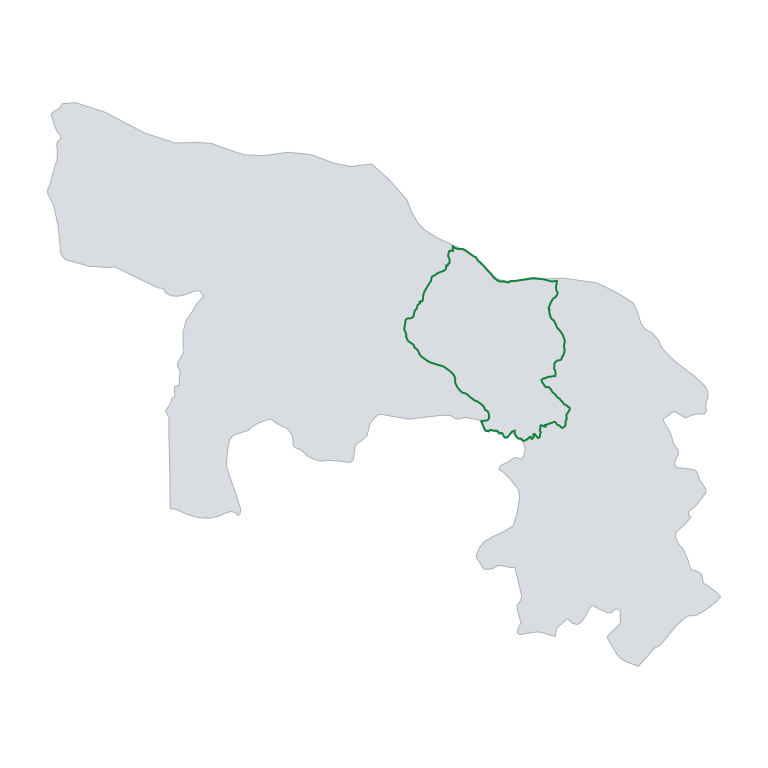 location of Plateaux within Republic of the Congo, rotated 269°
{"feature_id": "COG-3346", "entity_name": "Plateaux", "entity_type": "Region", "adm_level": 1, "iso_a3": "COG", "parent_name": "Republic of the Congo", "parent_adm1": "", "projection": "mercator", "projection_center": [15.163, -2.009], "detail": "fine", "context": "in_parent", "style": "outline", "palette": "green", "viewbox_px": 768, "rotation_deg": 269, "n_neighbors": 0, "source": "natural_earth", "source_scale": "10m", "svg_char_len": 9533}
<svg xmlns="http://www.w3.org/2000/svg" viewBox="0 0 768 768"><g transform="rotate(269 384 384)"><path d="M97.3,633.4L101.9,621.6L105.3,616.1L109.4,612.3L125.9,603.1L128.4,603.4L139.8,615.5L143.5,616.4L147.5,616.1L152.3,616.6L154.7,614.2L155.0,611.1L151.6,607.6L151.1,603.9L153.5,599.9L154.9,595.4L158.4,590.1L158.8,587.6L155.1,584.9L147.4,580.7L142.1,576.7L140.1,572.9L141.5,568.0L145.8,564.0L145.5,561.9L141.8,558.3L139.0,554.5L136.2,552.1L128.5,550.7L130.0,545.5L132.8,538.0L133.5,532.2L131.3,517.0L131.5,514.2L133.7,512.8L138.3,514.5L142.9,516.8L155.6,513.5L160.1,513.0L163.7,515.9L168.8,518.2L198.0,511.8L198.6,505.4L200.3,499.5L200.5,495.1L199.3,492.3L197.8,490.2L197.0,485.8L196.9,481.1L199.7,478.9L209.1,473.3L212.0,473.5L218.5,476.6L224.6,481.3L230.0,491.4L233.8,500.1L239.8,510.6L252.5,514.8L267.7,517.6L276.0,516.8L287.7,507.9L294.4,500.9L296.6,497.2L300.4,499.1L304.8,508.3L307.6,511.9L308.3,515.2L306.4,519.5L308.3,522.2L316.5,524.1L323.6,522.3L326.9,518.6L332.2,513.7L332.3,509.6L329.4,506.9L329.4,503.2L332.4,500.3L335.3,492.4L336.2,486.7L339.0,483.0L344.4,480.5L346.3,478.1L349.3,464.5L347.8,459.5L347.8,455.4L351.2,450.2L351.8,441.6L348.4,407.9L353.7,380.8L353.2,377.3L349.4,373.2L344.8,369.3L332.8,366.2L328.3,361.2L324.8,355.8L322.3,354.1L309.1,352.0L306.2,349.0L307.4,340.4L308.6,327.7L308.1,318.8L310.4,311.7L313.1,306.4L318.9,300.7L322.0,294.0L323.6,292.4L334.6,291.3L338.6,288.5L341.8,285.7L343.1,281.9L346.8,275.6L350.2,271.3L350.6,268.5L349.8,264.5L346.5,256.6L342.5,250.0L340.1,247.7L335.3,232.2L330.8,228.6L322.0,226.6L305.6,224.9L295.6,227.6L280.5,232.8L261.4,238.5L257.0,237.9L255.0,235.5L257.9,233.5L259.3,228.8L257.4,222.1L254.5,215.9L252.9,207.3L253.6,196.5L256.4,186.4L262.5,173.3L262.9,168.0L299.5,168.3L338.9,168.1L354.0,168.5L361.2,165.1L368.2,170.2L371.5,171.4L372.7,171.0L375.3,174.6L383.9,174.2L385.3,175.0L386.0,179.4L394.0,179.3L397.9,180.3L401.1,180.2L405.7,177.6L409.1,178.5L415.1,181.7L419.4,184.6L425.4,183.7L439.4,184.1L450.2,186.9L461.0,194.4L468.1,198.7L474.6,205.1L476.9,204.0L480.4,201.5L480.3,196.0L476.7,186.6L475.3,178.7L476.1,172.2L478.9,167.5L483.5,164.7L484.1,159.7L505.9,116.6L505.2,111.7L505.7,104.2L506.8,96.0L506.5,91.1L508.0,87.7L513.7,68.2L516.8,65.0L521.6,62.7L528.5,62.6L546.8,61.1L563.8,57.8L569.4,56.4L580.1,51.2L584.2,51.0L587.7,53.0L608.3,58.9L613.9,61.3L616.0,60.9L619.1,61.4L623.9,61.5L628.6,60.8L631.6,61.5L635.4,65.4L637.9,65.0L641.2,62.1L647.4,59.2L659.4,56.0L661.4,57.4L665.5,64.6L669.8,67.1L670.7,80.4L660.7,109.5L639.3,148.6L628.6,179.3L628.7,201.8L627.5,216.0L624.0,224.6L615.6,247.9L614.4,267.9L617.4,292.3L614.5,315.5L605.7,337.5L602.0,354.7L604.2,375.5L588.1,392.8L567.9,410.0L554.8,414.9L544.6,420.7L537.4,427.3L529.7,438.8L517.7,463.5L511.4,474.3L503.2,483.6L491.0,494.8L486.5,500.2L484.7,507.9L485.5,522.2L486.7,565.5L481.3,598.8L469.3,621.9L460.3,634.8L451.2,638.8L439.4,642.2L433.7,646.6L430.3,653.0L423.7,658.7L413.9,663.5L401.6,675.2L386.8,694.0L376.6,704.8L371.1,707.6L365.5,707.8L359.6,705.6L354.7,705.2L352.3,706.3L348.4,703.7L348.5,699.4L347.8,692.2L344.9,684.8L351.4,674.4L350.8,672.0L347.8,668.2L344.4,662.8L341.1,663.2L334.3,667.3L327.2,670.6L320.5,671.9L312.4,677.1L307.9,677.1L305.4,675.1L299.9,673.2L297.0,673.8L295.3,674.7L293.9,687.3L292.9,692.7L290.9,695.2L282.6,697.9L277.0,701.7L272.2,704.1L269.2,703.5L257.2,694.0L250.9,686.2L247.1,686.1L246.0,688.6L244.1,687.4L238.2,682.2L231.3,674.0L228.8,672.8L225.0,672.9L218.9,675.9L213.0,680.6L202.2,685.0L193.3,687.4L192.5,690.3L190.4,695.4L187.4,698.6L179.5,699.6L176.6,704.2L169.8,713.0L165.3,717.0L164.1,715.3L161.3,713.1L155.7,706.3L150.1,697.9L148.6,694.0L147.1,691.8L146.8,683.3L138.5,673.2L117.5,655.2L115.2,649.9L97.3,633.4Z" fill="#d9dde1" stroke="#a8b0b8" stroke-width="1"/><path d="M520.2,455.2L518.7,457.5L518.2,458.8L517.8,460.1L517.7,460.9L517.7,463.5L517.3,465.8L516.3,467.7L510.2,475.7L510.0,476.0L509.6,476.9L509.4,477.9L508.9,478.2L507.5,479.2L506.4,479.7L506.0,479.9L505.3,480.5L504.1,482.0L499.3,486.7L496.1,489.2L491.8,493.3L489.6,494.7L487.7,496.4L485.8,498.9L484.9,500.5L484.4,502.2L484.5,504.0L484.6,504.6L484.6,505.1L483.6,508.5L483.4,509.8L483.7,511.0L484.4,512.0L484.5,512.4L484.7,513.1L484.7,516.8L487.3,535.2L485.7,546.5L483.9,552.0L483.7,553.1L483.6,554.2L484.1,558.6L481.1,558.3L479.3,557.9L477.4,557.7L476.7,557.7L475.9,557.8L474.4,558.1L473.7,558.4L473.2,558.7L473.0,558.9L472.8,559.0L472.6,559.1L471.6,559.0L470.4,558.8L469.8,558.5L469.4,558.2L469.1,557.9L468.9,557.6L468.5,557.4L468.2,557.3L467.8,557.1L467.6,556.8L467.2,555.6L467.0,555.3L466.8,555.0L466.5,554.7L466.0,554.1L465.7,553.9L465.3,553.8L464.9,553.7L464.5,553.5L464.2,553.3L463.3,552.6L462.4,552.0L460.3,551.2L459.4,551.0L458.5,550.5L457.2,550.1L456.9,549.9L456.5,549.8L456.0,550.1L455.5,550.8L455.2,550.9L454.4,550.4L453.9,550.3L449.0,551.4L448.3,551.6L447.1,552.2L446.2,552.9L445.6,553.3L445.3,553.6L445.1,553.9L444.7,554.6L444.6,555.0L444.2,555.3L443.7,555.5L442.8,555.7L442.3,555.9L442.0,556.0L441.6,556.4L441.4,556.5L440.8,556.8L439.1,557.3L438.3,557.6L437.3,558.2L436.7,558.6L436.0,559.4L435.7,559.6L435.3,559.8L434.8,560.3L433.6,561.3L433.1,561.7L432.6,561.9L430.7,563.2L429.7,563.7L424.2,565.5L423.7,565.5L423.0,565.5L420.2,564.7L419.5,564.6L418.7,564.6L417.2,564.8L415.8,565.2L415.0,565.2L412.1,564.7L410.6,564.1L410.3,563.9L410.0,563.8L409.0,563.5L408.8,563.4L408.6,563.2L408.5,562.9L408.3,562.7L408.0,562.4L407.6,562.3L406.4,562.1L405.9,562.0L405.6,561.8L405.3,561.5L405.1,561.2L404.7,560.0L404.4,557.7L404.2,557.3L404.0,557.0L403.2,556.3L402.8,555.6L402.6,555.3L402.3,555.1L401.6,554.9L396.7,554.4L396.1,554.5L394.4,555.2L392.9,555.7L391.5,555.7L390.0,555.6L389.2,555.4L388.8,555.1L388.7,554.7L388.8,554.2L388.9,553.5L388.9,553.3L388.9,552.9L388.3,550.4L388.3,548.4L388.3,548.0L388.2,547.5L388.0,547.2L387.8,546.9L387.3,546.4L387.0,546.1L386.9,545.8L387.0,544.5L387.0,544.1L386.8,543.7L386.4,543.1L385.8,542.1L385.6,541.8L385.3,541.5L384.7,541.5L383.8,541.8L381.5,543.2L380.8,543.7L379.0,544.8L378.5,545.2L378.2,545.6L378.1,546.0L378.1,547.4L378.1,547.7L377.8,548.7L377.6,549.1L377.5,549.3L377.4,549.5L376.6,550.1L376.0,550.6L373.3,552.1L372.3,552.9L372.2,553.1L371.8,553.8L369.5,555.8L367.5,557.3L367.2,557.6L367.0,557.8L366.9,558.0L366.6,559.0L366.4,559.2L366.2,559.4L365.0,560.2L364.4,560.7L362.5,562.5L361.2,563.3L361.0,563.5L360.7,563.8L359.6,565.8L359.1,566.4L358.0,567.6L357.1,569.1L356.8,569.4L356.1,569.3L354.9,569.0L352.8,567.8L351.9,567.2L351.3,566.7L351.1,566.4L350.8,566.2L350.4,566.0L349.9,565.8L347.4,565.9L346.5,566.1L346.0,566.1L345.4,565.9L343.8,564.9L342.7,564.8L340.3,564.9L338.8,564.3L336.9,561.7L337.3,561.0L337.4,560.7L337.7,560.2L338.2,559.7L339.1,559.0L339.3,558.8L339.6,558.4L339.7,558.0L339.9,557.2L340.1,556.7L340.5,556.3L341.0,555.9L342.1,555.3L342.6,554.9L343.0,554.4L343.2,553.7L342.9,552.6L340.5,545.8L340.3,544.6L340.1,544.2L339.8,544.2L339.2,544.9L338.8,545.1L338.5,544.8L338.6,544.1L338.8,543.4L339.8,541.5L340.0,540.9L340.0,540.3L339.7,539.8L338.7,539.6L338.0,539.8L337.3,539.7L336.7,539.4L336.0,539.0L335.3,538.9L334.7,539.1L333.4,539.8L332.7,539.9L332.1,539.7L331.3,539.2L330.7,539.0L330.0,538.9L328.8,538.9L328.2,538.7L327.7,538.3L327.4,537.8L327.3,537.2L327.6,536.8L328.6,536.0L329.6,535.1L330.7,534.4L331.2,533.9L331.4,533.4L331.3,532.8L330.5,532.3L329.9,532.3L329.5,532.6L329.2,532.9L328.7,532.9L328.2,532.6L327.0,531.8L326.6,531.3L326.4,530.8L326.9,530.3L327.9,530.1L328.3,530.0L328.5,529.7L328.7,529.4L328.6,529.1L328.4,528.5L326.2,526.4L325.4,524.3L324.6,523.2L325.1,521.8L325.8,521.1L326.5,520.6L327.0,519.9L327.0,517.9L327.3,517.1L328.0,516.4L329.4,515.2L330.1,514.7L330.9,514.4L334.5,513.5L334.9,513.7L334.3,511.3L328.5,506.4L328.3,503.8L329.3,503.0L331.9,502.0L332.9,500.9L333.0,500.3L332.5,499.0L332.6,498.2L333.0,497.9L334.3,497.4L334.8,496.9L335.2,495.8L335.6,491.7L336.1,490.2L336.2,489.5L335.8,488.8L335.2,488.4L334.8,488.0L334.8,487.5L335.2,486.8L335.1,485.9L335.3,485.2L335.7,484.6L336.2,484.1L345.1,480.6L345.4,481.1L345.6,485.2L346.1,486.7L346.6,487.7L347.2,488.1L348.4,488.4L349.6,488.5L350.2,488.5L350.8,488.5L353.7,487.9L354.3,487.6L354.8,487.2L355.1,486.9L355.3,486.6L355.9,485.3L356.3,484.8L356.9,484.4L357.7,484.2L359.0,483.7L360.2,482.8L361.9,481.2L364.9,477.1L365.2,476.5L366.1,474.2L366.5,473.6L368.0,471.9L368.9,470.5L369.5,469.6L371.7,467.6L372.2,466.9L373.2,465.2L373.4,464.6L373.7,462.8L374.3,461.9L375.3,460.7L379.0,457.6L380.0,457.0L383.8,455.3L384.4,455.2L385.1,455.1L388.0,455.3L389.0,455.1L391.1,454.2L392.3,453.5L395.2,450.8L400.4,444.0L404.4,431.6L406.0,428.3L411.0,421.7L412.6,420.4L416.4,418.7L418.1,417.6L418.6,416.9L419.5,415.5L420.2,414.9L420.5,414.8L421.3,415.0L421.6,415.0L422.9,413.9L424.0,412.6L426.2,409.3L427.4,408.3L430.1,407.4L431.1,406.9L431.6,406.7L432.0,406.8L432.8,407.2L433.2,407.2L434.4,406.8L436.7,405.7L437.9,405.3L439.3,405.2L443.5,406.2L446.5,406.5L447.8,406.9L448.8,407.8L449.2,409.3L449.2,411.1L449.5,412.9L450.7,414.3L452.1,414.9L455.7,415.7L457.3,416.4L457.8,416.9L458.1,417.5L458.5,417.9L462.0,418.9L462.6,419.2L463.7,420.8L464.3,421.6L464.9,421.6L465.7,421.1L466.0,421.9L466.0,423.6L467.4,424.3L472.3,424.8L474.8,425.7L477.2,426.9L485.6,432.2L486.1,432.7L486.6,433.0L489.6,433.4L490.1,433.6L490.7,434.2L491.0,434.8L492.2,437.3L493.9,439.5L496.3,446.2L498.2,448.0L501.4,448.2L501.0,449.4L502.0,450.1L503.3,450.5L503.6,450.9L503.8,451.5L505.4,451.8L507.5,451.7L508.7,451.4L510.1,450.5L511.6,450.4L513.2,450.7L515.5,451.6L515.8,451.6L516.2,452.5L516.1,453.5L515.7,454.7L516.0,455.4L517.7,455.2L520.2,455.2L520.2,455.2Z" fill="none" stroke="#15803d" stroke-width="2"/></g></svg>